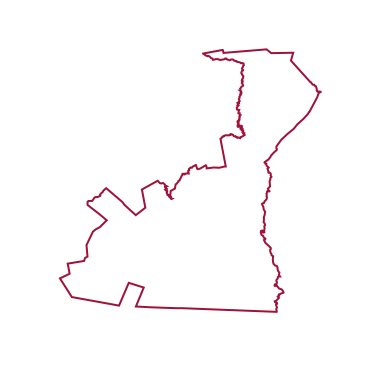 Voi, Coast, Kenya (Robinson projection), rotated 79°
{"feature_id": "3690345B74422593765563", "entity_name": "Voi", "entity_type": "district", "adm_level": 2, "iso_a3": "KEN", "parent_name": "Kenya", "parent_adm1": "Coast", "projection": "robinson", "projection_center": [38.488, -3.338], "detail": "fine", "context": "isolated", "style": "outline", "palette": "rose", "viewbox_px": 384, "rotation_deg": 79, "n_neighbors": 0, "source": "geoboundaries", "source_scale": "gbopen_adm2", "svg_char_len": 5982}
<svg xmlns="http://www.w3.org/2000/svg" viewBox="0 0 384 384"><g transform="rotate(79 192 192)"><path d="M304.0,224.6L325.8,131.8L325.4,131.6L324.5,131.5L323.1,131.7L321.5,130.6L318.7,131.1L318.2,130.7L318.0,129.9L317.4,129.7L316.9,129.8L316.0,131.5L315.1,131.6L314.8,130.2L312.7,127.0L312.2,126.9L311.3,127.7L310.9,127.8L310.4,126.2L309.4,126.4L309.0,126.1L309.0,124.9L308.5,123.5L308.4,121.6L308.1,121.3L306.8,121.5L304.8,122.5L303.3,125.0L300.3,126.5L300.1,127.1L300.1,128.4L299.7,128.8L298.6,128.4L298.4,126.7L298.1,126.3L297.0,125.9L295.0,126.1L294.4,125.8L293.3,124.4L291.8,123.9L291.5,123.1L291.7,121.7L290.0,122.5L287.8,121.6L286.4,122.4L285.5,122.6L284.5,122.7L282.8,122.5L281.2,122.7L280.7,123.0L279.9,124.5L278.1,125.7L276.6,125.8L273.4,125.5L270.5,124.6L269.4,125.9L268.1,125.8L266.8,126.4L265.6,126.5L263.7,126.4L263.0,125.5L261.8,125.4L255.8,129.7L252.9,130.5L252.5,129.3L252.0,128.9L251.6,128.9L250.6,130.2L248.7,130.5L247.4,131.9L244.7,132.2L243.4,131.7L243.2,130.5L243.8,129.8L244.3,129.8L245.0,130.3L245.2,130.1L245.5,129.4L245.4,128.7L243.1,128.4L241.4,127.6L239.4,127.6L238.6,126.7L237.3,126.6L235.2,127.4L232.7,126.6L230.4,126.3L228.7,125.2L225.3,124.0L222.9,124.9L220.5,124.8L217.8,125.4L217.2,125.7L216.7,125.0L216.4,123.3L215.0,122.6L214.3,121.4L212.9,119.9L211.4,119.4L210.1,119.6L209.3,119.2L207.8,119.2L207.1,118.6L206.1,118.4L205.6,117.9L206.2,116.2L206.0,115.8L205.6,115.9L204.8,116.7L203.2,116.8L201.4,114.3L196.3,113.8L194.7,112.7L193.4,112.5L192.3,111.1L190.8,111.7L189.7,111.2L188.6,111.4L187.6,112.3L187.7,113.2L187.5,113.3L186.5,113.1L183.4,113.4L182.7,112.1L180.3,113.8L178.5,113.7L178.3,114.4L177.7,114.3L177.0,115.2L176.8,115.2L176.3,114.6L174.7,110.8L172.6,108.4L171.4,107.5L169.2,104.6L167.0,100.9L166.2,100.5L164.9,100.8L163.6,100.5L162.4,99.4L157.7,94.3L153.1,87.0L149.3,79.9L145.8,75.9L141.5,68.7L137.5,63.3L135.9,62.0L135.9,61.6L135.2,61.0L122.9,51.0L120.1,49.4L119.6,48.9L118.7,48.9L118.4,45.9L117.6,47.9L117.7,48.9L117.5,49.3L117.0,49.6L116.9,50.0L116.3,50.2L114.8,49.9L112.0,50.1L111.0,51.3L110.0,51.6L109.7,53.0L109.4,53.2L106.9,54.4L106.5,55.0L81.9,69.8L74.6,66.1L70.8,87.8L66.2,91.6L61.5,134.2L61.5,134.5L60.8,134.6L59.0,134.5L58.4,134.8L58.2,154.6L58.5,154.6L59.2,153.7L60.4,152.7L60.6,152.5L61.8,150.5L61.6,150.1L62.0,149.2L64.2,147.7L65.1,146.3L66.2,146.2L66.3,144.4L66.1,143.6L66.5,141.1L67.6,139.7L67.8,138.4L67.9,135.9L67.7,134.4L67.3,134.0L67.3,133.3L67.6,132.8L68.3,132.6L69.9,130.0L69.4,128.3L69.5,127.2L70.0,126.1L71.1,125.7L71.9,123.5L72.6,123.4L73.9,120.2L75.0,119.3L74.9,118.4L75.5,117.1L76.3,116.8L77.0,117.2L77.4,117.0L78.0,117.8L78.4,118.0L78.8,118.0L79.0,118.4L80.3,119.4L80.8,119.3L81.9,118.5L82.3,118.6L82.5,118.8L82.6,119.7L84.0,120.7L84.3,120.6L85.0,120.9L85.8,120.4L86.3,120.5L86.9,120.0L87.7,119.9L88.2,119.5L90.4,120.5L91.0,121.4L92.0,121.9L92.8,121.7L92.8,121.1L93.0,121.1L93.8,121.4L94.0,122.2L94.4,122.3L94.6,122.0L96.0,121.8L96.9,121.5L97.4,121.5L98.1,123.3L99.7,125.0L100.3,124.8L101.4,125.0L101.4,125.6L101.9,125.1L103.2,125.2L102.7,124.5L102.9,124.4L104.4,124.6L104.8,125.1L105.1,125.0L105.5,125.3L105.5,126.1L106.4,126.0L107.4,127.3L108.7,127.3L109.6,128.3L111.8,127.8L112.1,128.1L112.1,128.7L112.4,129.0L113.3,128.7L113.9,128.9L113.8,129.2L113.0,129.6L113.2,130.4L113.8,130.2L113.8,129.9L114.2,129.7L115.5,130.8L116.0,130.0L116.8,131.1L117.5,131.4L117.9,132.0L119.6,132.1L120.5,130.0L121.3,130.6L123.4,131.4L123.9,130.2L124.3,130.5L125.3,130.6L125.8,129.7L126.3,130.1L126.3,130.6L127.4,131.3L128.1,131.0L129.9,132.1L130.0,131.6L130.5,131.8L130.9,132.5L130.7,132.9L131.4,133.9L131.6,133.9L131.9,132.7L132.1,132.7L132.4,133.3L132.1,133.6L132.2,133.8L133.0,133.8L134.0,133.2L134.1,133.7L134.6,133.7L135.1,134.5L136.4,134.7L136.8,134.5L136.9,134.0L136.9,133.7L136.1,132.8L136.8,131.5L136.3,131.0L136.5,130.6L137.5,130.5L137.8,131.1L137.5,131.5L137.6,131.9L138.9,132.3L139.0,131.8L138.7,131.3L139.3,130.5L139.8,131.0L139.7,131.5L140.0,131.9L141.3,131.1L141.4,130.9L141.0,130.3L141.2,130.0L142.0,130.0L142.6,130.6L143.3,130.2L143.4,130.9L144.3,130.6L144.5,129.5L145.6,130.1L146.1,129.6L147.1,132.0L147.3,133.5L148.4,134.4L148.3,134.6L147.8,134.7L147.7,134.9L147.5,136.1L147.2,136.4L147.5,137.2L146.5,137.6L146.3,138.4L145.5,138.7L145.5,140.0L144.6,140.7L143.7,140.8L142.9,142.0L143.1,142.3L142.5,143.1L142.7,143.4L143.3,143.7L143.2,144.3L143.5,144.8L142.7,148.3L142.8,149.2L143.3,149.7L143.1,150.5L143.3,151.0L143.9,151.4L144.0,152.3L144.9,153.0L145.2,153.9L173.4,154.0L173.2,155.6L173.4,160.7L172.1,165.9L171.6,173.1L170.2,172.9L168.4,173.4L170.5,179.4L170.8,181.8L170.1,182.5L166.3,183.0L166.3,183.8L166.7,184.4L166.9,185.6L167.3,186.6L168.1,187.3L168.1,188.0L167.7,188.7L168.8,190.6L169.9,190.5L170.4,191.6L171.3,191.5L171.7,191.9L173.0,191.6L173.3,191.7L172.8,193.0L172.8,194.5L173.2,195.6L172.7,195.7L172.8,196.2L172.3,197.4L172.5,198.0L173.7,198.2L173.9,198.9L178.0,201.8L178.6,203.2L179.3,203.3L180.0,204.5L180.9,205.4L181.4,206.6L185.4,208.1L186.9,212.7L192.5,214.4L192.6,213.6L194.3,213.6L194.8,212.7L195.0,213.4L194.3,214.2L193.0,214.4L192.0,215.5L190.6,215.3L190.0,215.9L190.2,216.6L189.6,216.6L188.6,217.0L188.0,217.0L187.7,216.6L186.9,216.7L186.6,216.2L185.8,216.1L185.6,216.2L185.8,216.6L185.6,217.1L184.7,217.8L184.6,217.3L184.0,216.4L183.5,217.2L183.2,217.1L183.2,216.6L182.8,216.6L182.5,217.2L182.9,217.6L182.3,217.4L182.0,217.6L181.4,217.5L181.4,215.8L180.5,216.9L178.9,217.6L177.7,218.7L177.6,219.2L177.8,220.5L177.1,221.9L174.4,223.5L180.0,240.7L198.5,240.8L204.0,251.6L191.7,260.8L188.6,262.2L171.9,275.5L173.8,278.8L174.6,279.2L176.3,281.9L177.1,282.8L177.8,282.6L178.3,282.9L178.9,285.5L178.6,287.8L178.9,288.8L181.7,291.6L181.1,295.4L181.8,296.4L184.1,296.9L184.8,297.0L196.1,287.1L203.5,281.1L208.1,288.0L208.7,288.6L210.3,293.6L212.0,296.8L224.0,305.7L235.4,306.9L236.4,309.6L239.1,311.1L238.6,327.7L248.9,327.7L251.6,338.1L272.2,330.0L289.6,285.3L269.1,271.4L276.6,257.6L293.7,268.9L297.4,254.1L303.2,229.0L304.0,224.6Z" fill="none" stroke="#9f1239" stroke-width="2"/></g></svg>